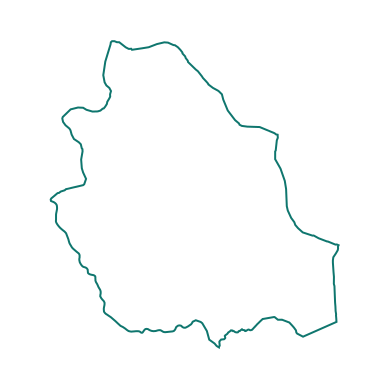 outline of Zacapa, Zacapa, Guatemala, rotated 265°
{"feature_id": "79465075B10782882700872", "entity_name": "Zacapa", "entity_type": "district", "adm_level": 2, "iso_a3": "GTM", "parent_name": "Guatemala", "parent_adm1": "Zacapa", "projection": "mercator", "projection_center": [-89.497, 14.973], "detail": "fine", "context": "isolated", "style": "outline", "palette": "teal", "viewbox_px": 384, "rotation_deg": 265, "n_neighbors": 0, "source": "geoboundaries", "source_scale": "gbopen_adm2", "svg_char_len": 5079}
<svg xmlns="http://www.w3.org/2000/svg" viewBox="0 0 384 384"><g transform="rotate(265 192 192)"><path d="M126.2,333.4L127.1,331.7L127.1,330.3L130.9,322.9L130.9,322.3L134.9,314.1L138.0,309.5L138.1,308.1L142.1,298.8L146.7,294.5L150.2,292.0L153.0,291.3L157.6,288.5L165.2,285.8L169.6,285.2L186.8,286.0L195.0,285.4L207.6,282.2L217.4,277.7L225.2,278.4L226.0,279.0L236.1,281.0L238.5,282.2L241.6,282.3L242.0,280.8L243.4,279.3L250.8,265.1L252.3,252.8L253.5,247.4L254.9,245.2L256.2,244.8L259.8,241.2L267.7,236.2L270.1,234.7L281.3,231.2L286.7,230.3L289.9,227.6L290.7,226.7L293.9,221.9L297.8,217.6L298.4,217.6L300.6,216.0L304.7,212.8L306.3,212.0L311.8,208.4L313.7,206.4L321.8,199.4L323.2,199.2L326.0,197.4L327.7,197.0L330.8,194.6L331.8,194.6L334.6,192.8L337.5,190.5L339.7,187.8L340.0,186.3L342.9,181.1L343.5,177.4L342.4,169.9L340.0,161.5L339.5,154.7L338.9,144.6L340.0,143.9L340.0,143.1L340.1,141.4L341.9,138.6L347.5,132.6L347.8,130.2L349.0,127.9L349.2,125.5L348.2,124.2L346.1,123.7L329.5,117.0L316.1,113.8L308.9,114.5L305.6,116.0L302.9,118.7L299.6,120.1L296.5,118.9L294.1,118.8L292.3,117.7L289.3,115.5L287.0,114.8L284.4,112.8L282.9,111.3L282.8,110.3L281.1,107.9L280.5,105.1L280.8,99.9L283.1,94.0L285.4,90.9L286.1,85.8L284.9,78.3L278.0,69.8L276.6,69.2L274.3,69.5L273.0,69.7L269.5,71.8L265.9,75.4L264.1,76.3L259.7,77.1L255.1,79.0L251.4,83.6L249.2,85.4L245.1,86.0L244.3,86.6L241.9,86.5L234.0,84.4L225.3,84.3L221.0,85.2L214.3,87.6L209.1,85.3L208.3,84.1L205.8,66.7L204.8,65.3L203.9,61.3L202.7,59.4L202.6,58.0L197.9,51.3L196.9,50.6L195.4,50.7L194.6,52.1L194.2,53.0L193.6,53.9L192.9,54.7L191.8,55.6L190.7,56.1L189.8,56.2L189.1,56.2L188.2,56.2L187.0,56.1L186.2,55.9L184.4,55.4L182.7,54.9L181.4,54.6L176.0,54.1L175.1,53.9L174.3,53.9L173.5,54.1L172.7,54.4L171.3,55.1L169.4,56.3L167.8,57.5L166.4,58.8L165.1,60.1L163.8,61.5L162.8,62.3L161.8,63.0L160.7,63.3L155.8,64.7L154.0,65.0L152.0,65.4L150.9,65.8L149.3,66.6L147.2,67.6L145.8,68.7L143.3,71.1L142.8,71.6L142.1,72.3L140.8,73.7L140.2,74.1L139.4,74.4L138.6,74.5L137.6,74.4L136.6,74.3L135.2,73.9L134.1,73.8L133.3,73.9L132.4,74.0L131.7,74.1L131.0,74.4L130.3,74.7L129.3,75.2L128.5,75.7L127.8,76.2L127.2,76.8L126.8,77.5L126.5,78.2L126.3,78.8L125.9,79.6L125.4,80.2L124.9,80.7L123.8,81.3L122.9,81.3L122.1,81.3L121.0,81.3L120.3,81.4L119.7,81.9L119.2,82.6L118.8,83.3L118.5,84.1L118.2,85.0L118.0,85.8L117.7,86.8L117.3,87.4L116.5,88.2L115.8,88.3L115.1,88.3L114.5,88.2L113.3,88.2L112.7,88.1L111.7,88.2L110.6,88.5L108.3,89.6L106.5,90.2L105.6,90.5L104.5,91.0L103.5,91.5L102.7,91.9L102.0,92.1L101.1,92.3L100.1,92.3L99.4,92.2L98.5,92.1L97.8,91.8L96.1,91.5L95.4,91.8L94.2,92.3L92.8,93.2L91.0,94.6L89.5,95.2L88.8,95.2L88.1,95.1L87.3,95.0L86.2,94.7L84.9,94.3L83.7,94.0L82.5,93.9L81.3,93.9L80.5,93.9L79.9,94.2L78.8,94.9L77.9,95.8L77.1,96.9L76.0,98.2L74.4,100.2L70.1,104.4L67.4,106.8L66.0,108.1L64.9,109.1L63.5,111.4L61.9,113.4L60.1,115.3L59.0,116.7L58.4,118.5L58.2,119.5L58.2,120.4L58.2,121.4L58.2,122.6L58.2,123.7L58.2,124.4L58.1,125.1L58.0,126.3L57.7,127.4L57.1,128.3L56.4,129.0L56.1,129.9L56.5,130.7L57.0,131.1L57.7,131.7L58.2,132.1L59.0,132.9L59.5,133.7L59.6,134.8L59.3,136.0L58.9,136.7L58.2,137.5L57.6,138.7L57.2,139.5L56.9,140.7L56.7,141.6L56.7,142.6L56.7,143.8L56.9,144.7L57.1,145.7L57.2,146.4L57.2,147.8L57.0,148.7L56.2,149.8L55.7,150.5L55.2,151.2L54.9,152.0L54.7,153.0L54.7,154.6L54.8,158.5L54.8,159.9L54.9,160.9L55.2,161.9L55.7,162.4L56.2,163.0L57.1,163.6L58.1,164.1L58.7,164.4L59.7,165.8L60.1,166.6L60.2,167.8L60.0,168.7L59.7,169.5L59.1,170.1L58.3,170.7L57.6,171.9L57.4,172.9L57.4,173.6L57.7,174.5L58.6,176.6L59.2,177.6L60.3,179.6L61.1,180.3L61.9,180.9L62.7,181.4L63.9,184.6L61.8,189.3L60.4,190.8L52.2,194.7L43.4,196.3L39.1,201.3L36.5,203.1L34.8,205.3L35.7,205.5L36.3,206.1L36.5,206.2L36.8,206.2L37.5,206.2L39.3,206.2L40.4,206.2L40.8,206.4L41.7,207.3L42.3,208.0L42.5,208.2L42.5,209.2L42.5,209.9L42.5,210.6L42.5,211.0L42.7,211.4L43.5,212.3L43.8,212.4L44.3,212.4L44.8,212.3L45.3,212.2L45.7,212.1L46.0,212.3L46.4,212.8L47.3,214.3L47.7,214.9L48.1,215.2L48.5,215.6L48.8,215.7L49.1,216.3L49.6,217.1L49.8,217.5L50.1,217.9L50.5,218.5L50.7,218.8L50.8,218.9L50.6,219.3L50.3,219.5L50.2,219.6L49.7,219.8L49.6,219.7L49.8,220.0L50.0,220.1L50.3,220.2L50.4,220.4L49.9,220.9L49.8,221.4L49.6,221.8L49.2,222.1L48.9,222.5L48.5,223.2L48.2,224.4L48.2,225.4L48.5,225.8L48.9,226.1L49.2,226.3L49.4,226.9L49.3,227.4L49.9,228.2L50.4,229.0L50.9,229.8L50.2,230.4L49.9,231.7L49.7,232.4L49.1,232.5L48.8,233.4L49.4,234.6L50.0,235.9L50.0,236.6L49.7,237.1L49.4,237.5L49.3,237.8L49.2,238.2L49.2,238.6L49.3,239.0L49.4,239.4L49.6,239.7L49.6,240.0L50.2,240.6L51.1,241.6L51.6,242.1L52.0,242.6L52.3,243.0L52.8,243.4L53.2,244.0L53.6,244.4L54.4,245.2L55.6,246.7L57.1,248.5L59.3,251.3L60.3,262.9L60.1,263.5L57.3,266.4L56.9,270.1L57.0,270.4L53.5,277.6L50.3,280.1L48.1,281.7L45.1,283.5L42.9,283.7L41.8,284.4L38.2,290.0L50.0,324.6L53.7,324.7L56.4,324.7L57.8,324.9L60.8,324.7L65.6,324.9L69.3,324.9L77.7,325.3L85.9,325.7L88.1,325.3L95.1,326.0L99.8,326.0L109.4,326.2L111.7,326.4L114.7,327.1L118.3,330.0L121.3,332.1L123.0,332.6L124.8,332.6L126.2,333.4Z" fill="none" stroke="#0f766e" stroke-width="2"/></g></svg>